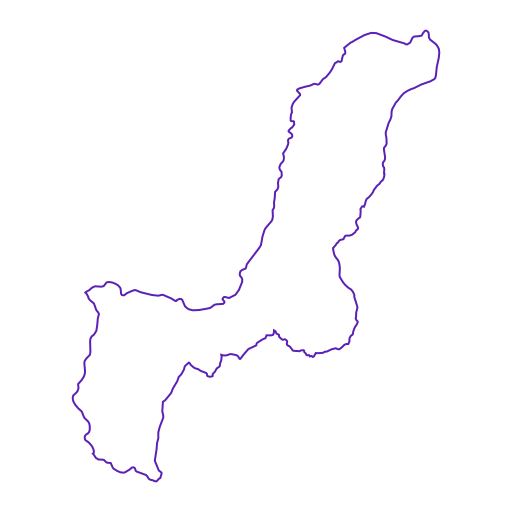 outline of Nimaima, Cundinamarca, Colombia
{"feature_id": "7082276B59131277031860", "entity_name": "Nimaima", "entity_type": "district", "adm_level": 2, "iso_a3": "COL", "parent_name": "Colombia", "parent_adm1": "Cundinamarca", "projection": "orthographic", "projection_center": [-74.388, 5.135], "detail": "fine", "context": "isolated", "style": "outline", "palette": "violet", "viewbox_px": 512, "rotation_deg": 0, "n_neighbors": 0, "source": "geoboundaries", "source_scale": "gbopen_adm2", "svg_char_len": 5993}
<svg xmlns="http://www.w3.org/2000/svg" viewBox="0 0 512 512"><path d="M101.4,286.7L95.2,286.3L93.1,287.1L91.5,288.1L89.2,290.2L85.7,292.1L85.3,292.6L86.8,294.1L88.2,296.8L88.7,298.6L90.3,300.5L93.9,303.4L96.3,310.1L98.4,312.7L98.9,314.1L97.8,318.5L97.2,325.3L96.3,330.9L94.0,334.6L91.6,336.5L90.5,338.5L90.1,341.2L90.4,352.0L89.9,354.8L86.4,358.5L84.8,360.7L84.3,362.7L85.0,370.9L84.9,373.4L84.0,376.3L81.7,380.0L78.1,384.1L78.5,388.1L77.6,391.0L76.3,392.7L73.3,395.4L72.7,397.6L72.9,399.9L73.6,401.9L75.4,405.0L78.3,408.4L81.1,410.9L82.1,412.2L83.6,416.3L84.6,418.1L88.3,421.7L89.4,424.0L89.8,426.8L89.7,430.1L89.1,432.0L87.8,433.5L86.0,434.6L85.0,435.9L84.7,436.9L84.9,439.0L85.5,440.2L88.4,442.2L90.0,443.8L91.9,446.1L93.2,448.7L93.8,450.8L93.8,452.9L92.9,453.7L93.3,454.0L95.9,457.9L98.5,459.5L102.1,459.6L103.9,459.9L106.2,462.2L107.2,462.7L110.7,463.0L112.8,467.7L113.7,468.8L117.3,471.0L120.4,472.3L122.9,472.6L124.2,472.6L125.4,472.1L129.7,469.5L131.7,467.7L132.9,467.3L133.7,467.4L134.5,467.8L135.1,468.7L135.7,470.8L136.5,471.5L145.8,474.9L147.2,476.2L148.7,478.7L150.4,479.8L152.6,480.2L154.7,481.2L156.6,481.3L159.1,478.6L160.2,478.1L161.5,474.0L161.5,472.6L158.8,470.5L154.8,460.7L156.5,449.8L157.1,442.9L158.3,438.4L158.3,432.4L159.7,427.0L163.2,417.8L163.3,415.8L162.3,411.4L162.9,401.9L165.4,400.0L171.2,392.9L172.9,388.5L177.2,381.3L178.8,376.8L180.9,374.8L181.9,373.3L184.0,369.4L184.5,367.2L185.4,365.6L188.9,362.6L189.5,362.9L190.9,365.1L194.2,367.8L196.3,368.7L197.9,369.0L200.5,370.8L206.2,373.0L206.9,373.9L207.1,375.4L207.6,376.2L210.1,376.8L211.8,376.4L212.6,376.1L212.8,373.9L214.7,372.0L216.8,368.4L219.4,366.6L219.8,365.8L220.1,363.3L221.2,360.6L221.6,356.7L221.3,354.8L223.8,355.5L225.9,355.4L227.8,355.0L229.6,354.2L231.4,354.1L233.0,354.4L236.1,355.1L237.4,355.7L238.2,356.5L239.4,358.6L240.0,359.0L240.4,358.8L243.0,355.3L248.3,349.1L256.2,345.4L256.6,343.6L257.2,342.8L262.5,339.4L265.4,338.2L266.5,335.3L271.5,335.3L273.0,334.8L273.8,333.2L274.0,330.4L275.5,331.3L276.4,333.5L278.9,334.8L279.2,336.9L281.8,339.3L282.9,339.8L284.4,339.3L285.2,339.4L286.6,340.4L287.2,341.5L286.8,343.8L287.0,344.7L287.7,345.4L289.9,346.6L292.8,350.5L293.7,350.8L299.3,351.2L301.1,350.4L303.6,350.2L304.0,350.5L304.4,352.3L305.7,353.4L306.5,355.0L307.5,355.3L308.8,355.0L309.4,355.5L309.8,356.4L311.5,356.0L312.9,357.0L314.0,356.2L315.8,353.0L317.9,353.2L323.1,352.8L324.6,351.8L327.0,351.5L331.3,349.4L335.5,348.3L336.1,348.4L337.5,349.1L339.2,349.3L341.4,347.7L344.4,344.8L346.4,344.0L348.3,344.0L349.5,341.3L349.4,339.0L349.8,337.5L351.0,335.7L352.7,334.5L353.4,331.0L354.1,329.0L355.0,327.0L356.8,324.3L357.7,322.3L357.7,321.5L356.2,319.8L355.7,318.4L356.1,316.6L356.2,312.4L357.2,308.7L357.4,306.9L354.3,297.0L354.3,294.8L353.0,291.9L351.2,289.6L348.0,287.5L345.0,284.7L342.9,282.1L339.8,277.0L339.5,275.1L339.9,267.8L339.2,263.3L338.3,260.6L335.3,256.7L334.4,254.9L333.5,251.4L333.0,248.1L335.6,245.2L336.8,243.3L338.1,242.4L338.7,241.2L339.6,240.4L340.5,239.9L343.4,239.2L345.0,236.1L346.0,235.6L349.5,235.6L351.8,234.9L354.9,232.5L355.4,231.9L356.0,230.5L357.7,229.2L358.1,228.1L358.0,227.4L356.5,224.3L356.1,222.7L356.1,221.5L356.3,220.6L358.4,218.5L359.9,217.5L360.2,216.8L360.7,211.2L360.4,209.3L360.7,208.7L362.0,206.5L363.1,206.3L364.0,206.7L365.1,203.9L365.7,201.1L366.7,198.9L368.6,197.5L371.2,194.7L373.1,191.9L373.9,189.9L377.2,185.6L379.4,183.9L380.5,182.1L383.1,179.7L384.1,176.8L384.5,173.9L384.0,173.4L384.3,169.0L384.0,167.5L383.0,166.0L382.8,163.4L383.2,162.1L384.2,161.1L384.9,159.5L385.1,157.1L383.9,149.3L384.0,147.9L385.9,145.4L386.6,143.8L386.5,138.7L385.8,134.6L385.7,132.5L388.7,122.8L390.3,119.7L391.4,116.4L391.6,111.5L392.2,109.1L395.8,102.6L398.0,100.3L400.8,96.5L403.5,93.5L407.0,91.1L411.1,89.1L413.9,88.2L421.3,84.5L430.4,81.3L434.3,79.1L435.3,77.9L435.9,75.5L436.8,66.9L438.8,57.7L439.3,52.4L438.8,48.8L437.1,45.6L435.5,43.8L430.1,39.6L429.0,37.6L428.6,32.9L427.9,31.8L426.4,30.7L425.3,30.7L424.8,31.0L423.0,33.1L421.8,35.4L421.1,35.8L417.7,36.3L414.3,36.5L412.6,37.6L410.1,42.7L407.2,44.4L405.8,44.3L404.4,43.4L392.7,40.0L385.5,36.6L376.2,33.1L371.1,32.9L364.4,35.1L355.6,39.8L352.1,42.0L350.8,42.5L344.2,47.8L345.3,52.0L345.2,53.3L344.5,54.3L343.6,54.5L343.0,55.2L342.1,58.5L341.7,60.9L340.4,62.0L338.0,61.2L336.7,62.3L335.3,62.9L334.5,64.0L332.0,69.2L329.8,72.6L326.2,76.9L322.8,79.3L319.3,84.0L317.9,84.6L314.6,83.8L313.7,84.0L310.1,85.6L305.3,86.7L299.3,88.4L297.2,89.6L297.0,90.6L300.0,94.0L300.1,95.2L294.0,101.9L292.7,104.1L291.5,107.7L292.0,112.5L291.3,113.5L290.7,116.9L290.6,120.3L290.9,120.8L291.5,121.2L293.4,121.2L294.0,121.6L294.2,124.5L292.1,127.5L290.8,128.2L289.2,130.0L288.7,130.6L288.6,131.4L289.0,131.9L291.2,133.5L291.9,134.4L292.2,135.0L292.2,136.5L291.5,137.6L288.9,138.7L288.4,139.3L287.9,141.0L288.4,142.5L287.9,144.9L286.2,148.8L283.1,153.4L284.0,157.3L283.7,159.8L283.1,161.3L280.7,163.9L279.4,166.9L279.4,168.0L279.9,169.7L281.5,171.8L281.8,175.1L281.2,177.0L278.9,178.9L278.6,179.5L278.0,182.8L278.3,186.9L277.4,189.4L275.1,191.9L274.7,198.5L274.0,202.2L274.2,206.2L273.9,208.0L272.6,210.2L272.9,216.4L272.4,219.4L271.5,221.2L265.5,228.2L264.5,230.1L262.5,236.5L261.0,244.9L259.4,247.7L248.0,262.7L246.8,264.4L245.9,268.0L245.4,268.6L242.1,270.0L240.4,271.3L239.8,273.5L239.8,274.9L240.2,276.0L241.8,278.0L242.2,279.3L242.2,281.8L238.9,290.0L235.4,294.8L229.1,298.0L225.1,297.0L224.0,297.1L223.5,297.4L222.7,298.6L222.6,299.4L224.2,301.3L224.5,302.1L224.0,303.1L223.0,303.9L216.6,304.3L214.4,304.8L211.3,307.2L209.9,308.0L206.6,308.7L199.2,310.0L193.1,310.3L189.5,309.5L187.2,308.3L185.0,306.3L182.3,300.0L181.4,299.1L179.5,298.9L177.1,300.0L176.2,301.0L175.4,301.0L171.4,298.5L163.1,294.9L161.6,294.9L158.3,295.7L151.9,295.0L140.6,292.2L135.6,290.1L134.2,290.2L132.3,290.8L127.0,293.1L124.3,295.2L123.1,295.3L121.9,295.0L121.1,293.8L120.6,288.8L120.0,287.5L118.0,285.3L115.5,283.8L112.6,282.6L110.5,282.2L108.2,282.0L106.5,282.5L103.7,286.1L101.4,286.7Z" fill="none" stroke="#5b21b6" stroke-width="2"/></svg>